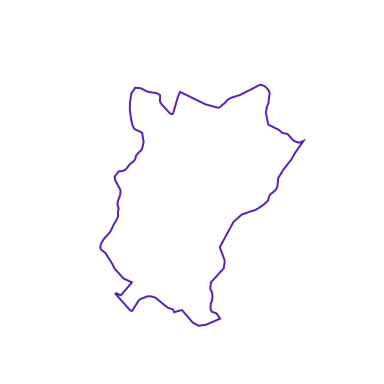 the District of Shemgang, rotated 52°
{"feature_id": "BTN-2485", "entity_name": "Shemgang", "entity_type": "District", "adm_level": 1, "iso_a3": "BTN", "parent_name": "Bhutan", "parent_adm1": "", "projection": "robinson", "projection_center": [90.837, 27.078], "detail": "fine", "context": "isolated", "style": "outline", "palette": "violet", "viewbox_px": 384, "rotation_deg": 52, "n_neighbors": 0, "source": "natural_earth", "source_scale": "10m", "svg_char_len": 2070}
<svg xmlns="http://www.w3.org/2000/svg" viewBox="0 0 384 384"><g transform="rotate(52 192 192)"><path d="M248.9,312.7L247.0,313.6L225.0,315.0L225.0,314.8L225.7,313.5L227.8,312.8L228.8,312.2L229.6,311.4L226.2,295.0L220.3,298.0L219.0,298.8L217.8,299.2L204.9,300.2L203.1,299.9L199.8,299.1L186.8,297.8L180.9,299.2L179.0,298.2L177.0,296.0L174.8,290.6L173.3,282.0L172.6,279.9L168.9,272.5L168.1,269.9L165.5,265.0L162.2,262.8L160.4,260.5L158.9,259.4L156.9,258.9L155.4,258.0L153.1,255.3L150.2,250.5L147.8,248.2L146.1,247.1L135.5,245.3L132.3,243.5L130.6,237.1L132.8,233.7L133.5,230.5L133.1,228.6L132.2,225.3L131.8,222.9L131.8,218.6L131.1,216.4L128.9,213.8L128.2,210.3L127.7,205.9L126.1,203.3L122.9,199.4L114.7,194.8L111.7,196.1L108.8,197.7L107.0,198.4L105.2,198.4L103.2,197.9L98.1,195.7L89.1,190.5L83.3,185.8L77.0,179.1L74.9,172.6L78.8,168.4L84.5,165.9L87.1,164.0L91.7,159.5L94.2,158.0L96.1,157.6L97.7,158.8L99.3,160.3L100.9,161.4L103.0,162.0L116.0,161.0L118.0,160.3L118.6,159.3L118.1,158.1L108.2,144.3L105.7,139.8L131.4,127.3L141.4,119.8L142.4,117.9L142.3,116.5L142.1,115.4L142.0,114.3L142.1,113.2L142.1,111.9L142.0,110.4L141.2,107.6L141.9,103.0L145.1,94.4L147.7,81.0L149.4,72.2L151.3,70.8L153.7,69.5L155.9,69.1L157.8,69.0L159.5,69.2L161.6,69.8L163.1,71.1L166.0,74.3L169.0,76.9L169.9,78.3L170.6,80.1L174.8,84.9L185.9,90.4L196.8,85.2L200.9,84.5L205.4,80.9L213.4,80.5L216.1,79.3L218.3,77.9L219.3,76.8L220.4,72.7L224.7,86.9L227.5,93.5L230.9,107.0L234.3,115.9L235.5,116.7L240.6,121.7L241.6,124.1L242.0,125.8L242.2,132.7L245.6,137.6L246.1,144.2L245.5,150.8L245.1,153.4L242.8,159.4L240.4,166.7L241.1,177.7L252.6,204.1L265.8,208.3L267.4,209.5L271.6,213.9L274.9,232.6L276.9,234.8L279.9,237.4L282.9,237.9L285.5,239.2L289.0,241.9L291.5,245.8L294.2,248.4L297.1,249.9L298.8,250.0L302.8,247.4L309.1,247.9L305.2,262.9L301.5,269.1L295.4,271.8L278.8,272.6L275.7,280.1L274.7,279.9L273.3,279.4L272.5,279.5L268.1,282.4L252.8,285.9L250.7,287.2L248.2,289.3L246.4,292.3L245.9,294.7L244.8,297.4L244.6,299.0L244.6,300.7L248.9,312.6L248.9,312.7Z" fill="none" stroke="#5b21b6" stroke-width="2"/></g></svg>